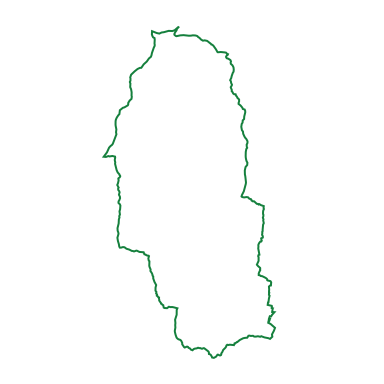 outline of Rosario de Lerma, Salta, Argentina, rotated 3°
{"feature_id": "61730980B26191328353907", "entity_name": "Rosario de Lerma", "entity_type": "district", "adm_level": 2, "iso_a3": "ARG", "parent_name": "Argentina", "parent_adm1": "Salta", "projection": "albers", "projection_center": [-65.767, -24.539], "detail": "fine", "context": "isolated", "style": "outline", "palette": "green", "viewbox_px": 384, "rotation_deg": 3, "n_neighbors": 0, "source": "geoboundaries", "source_scale": "gbopen_adm2", "svg_char_len": 6052}
<svg xmlns="http://www.w3.org/2000/svg" viewBox="0 0 384 384"><g transform="rotate(3 192 192)"><path d="M192.3,347.4L192.9,347.7L194.9,346.7L195.5,346.7L196.3,347.1L196.7,347.8L198.1,348.3L199.2,349.5L200.8,350.0L201.9,348.8L202.9,348.3L204.9,347.9L206.2,347.2L207.2,347.5L208.7,347.5L209.5,347.9L210.3,348.0L211.5,347.4L212.4,347.4L216.6,350.3L217.2,351.1L217.4,352.9L218.6,353.2L219.2,353.6L220.5,355.5L220.7,356.2L222.5,356.5L224.6,355.2L226.0,353.1L226.7,353.1L228.0,353.7L228.9,353.7L229.5,353.3L229.7,352.8L229.7,351.7L230.7,350.1L231.4,348.1L233.4,345.9L234.2,344.6L234.4,343.5L235.2,342.7L236.4,342.9L237.8,342.5L241.8,342.7L241.8,342.2L242.6,341.5L242.5,340.9L244.3,340.0L244.8,339.4L245.2,339.4L245.4,339.1L246.0,338.7L247.3,337.4L250.7,335.4L252.5,334.9L254.8,334.6L255.9,332.6L256.9,332.4L258.3,332.7L260.4,332.4L261.6,333.1L263.2,333.1L265.4,332.6L267.7,333.0L268.7,332.4L271.9,333.4L276.0,334.0L277.6,334.6L279.8,332.3L279.3,330.1L281.1,326.2L282.0,323.3L277.4,319.7L275.0,318.6L275.8,316.9L275.2,316.8L275.5,315.8L276.1,315.9L276.5,314.6L275.5,314.5L276.2,312.0L277.5,312.1L278.4,310.4L280.6,307.7L278.3,307.6L278.7,304.4L278.2,304.1L278.5,303.8L277.6,303.5L277.8,302.0L277.6,301.5L273.5,300.8L273.7,298.3L274.1,298.2L274.4,294.4L274.9,291.5L274.2,290.7L274.4,288.7L274.2,288.7L274.1,286.8L274.2,285.6L273.8,282.4L274.7,281.4L275.7,281.2L275.8,278.1L275.2,277.1L274.6,276.8L272.2,276.4L271.8,276.2L271.7,275.4L271.2,274.7L270.0,273.9L266.6,272.4L265.1,272.3L264.6,271.8L263.1,271.5L263.2,271.1L262.9,270.7L262.9,269.8L263.6,267.7L264.2,266.8L264.0,265.9L264.2,265.4L264.0,264.2L261.8,262.5L260.6,261.2L262.1,257.3L261.9,253.5L261.5,252.9L261.5,252.2L261.7,251.5L262.6,251.1L261.1,244.9L261.2,243.1L261.0,241.5L261.5,239.9L262.3,238.6L262.9,237.9L263.8,237.8L264.2,236.9L263.8,236.0L263.5,234.7L265.1,233.8L265.1,233.2L265.0,232.4L264.2,231.1L264.4,229.3L264.2,228.2L264.5,227.8L264.6,226.8L264.5,226.4L264.7,221.0L265.3,219.3L264.6,216.7L264.8,215.5L264.1,214.0L264.5,212.5L264.5,211.0L264.1,210.3L264.0,208.2L264.1,206.9L264.7,205.2L264.3,204.3L264.4,202.3L261.5,201.5L260.0,200.6L259.5,200.5L259.2,201.0L258.0,200.4L257.3,200.4L254.6,198.1L254.2,198.0L253.4,198.2L252.5,197.8L252.1,197.2L251.8,197.2L251.3,196.1L249.6,195.7L248.3,194.4L246.7,194.2L244.3,194.7L242.4,194.4L241.7,193.9L242.0,192.5L243.7,188.6L245.3,181.1L245.4,179.6L244.4,173.5L243.9,171.6L243.6,167.7L244.2,164.2L245.7,162.2L245.8,159.8L244.9,158.4L244.3,156.6L243.9,154.9L243.7,153.1L243.6,149.1L244.0,146.2L244.8,145.0L244.4,144.2L244.1,141.9L244.8,140.2L244.8,138.8L244.5,137.9L243.3,136.0L242.4,135.2L241.5,133.9L240.1,131.2L239.7,128.9L238.7,127.8L238.5,127.2L237.8,124.3L238.1,121.4L238.8,120.2L238.9,119.6L238.9,117.9L240.2,116.4L240.2,113.9L241.0,109.8L240.9,108.3L240.3,106.9L238.4,106.4L237.9,105.2L236.0,103.1L233.9,101.6L233.9,100.4L234.3,99.1L234.2,97.3L233.4,96.3L232.7,96.0L231.7,94.2L231.0,93.6L230.4,92.1L229.1,92.2L228.0,91.5L227.1,89.9L226.4,89.3L226.4,88.0L225.3,85.7L225.2,85.3L226.1,83.6L226.3,82.8L225.4,81.1L225.0,79.3L224.3,78.5L224.4,77.9L225.2,76.2L225.6,74.0L226.5,70.9L227.2,69.7L227.3,67.6L226.9,65.3L225.8,63.4L224.1,62.0L223.8,60.8L224.1,59.5L223.4,58.2L221.3,57.0L219.7,56.6L219.1,55.7L218.9,55.3L219.3,54.3L219.6,53.8L220.4,53.3L220.7,52.5L219.8,52.2L218.8,51.1L217.6,50.9L213.5,50.7L210.5,51.1L210.1,50.9L208.4,48.2L205.8,44.9L204.6,43.9L203.6,43.7L203.3,43.2L199.2,40.3L196.7,39.9L195.0,40.3L193.1,39.3L191.3,37.6L190.1,37.0L189.4,36.2L188.6,35.8L187.1,35.5L184.6,35.5L182.9,35.9L180.8,36.1L175.3,35.8L172.1,36.2L168.4,37.2L167.6,37.0L166.3,36.0L166.1,35.4L166.2,34.8L167.0,33.1L168.1,31.4L168.5,29.7L170.0,28.1L170.2,27.5L166.2,31.4L163.9,32.3L160.3,32.3L155.5,33.9L153.3,34.3L151.1,35.5L148.5,35.1L143.7,33.5L143.7,36.8L144.4,38.5L145.1,39.6L146.5,40.2L146.8,41.7L146.8,45.8L147.1,47.1L147.0,48.2L146.3,49.8L144.7,55.4L144.4,57.5L143.9,59.1L142.0,60.9L140.0,64.1L137.1,67.0L134.9,70.6L133.4,70.8L131.2,72.0L128.4,74.5L125.1,78.0L124.3,80.8L124.6,81.8L124.7,84.2L124.2,85.1L124.3,86.0L124.8,86.7L124.8,90.5L125.8,92.6L126.5,95.6L126.6,98.9L126.9,100.0L126.7,102.2L124.8,104.1L124.6,104.8L124.0,105.6L123.6,106.6L123.8,107.5L123.4,108.8L120.1,111.0L118.6,111.5L115.7,114.1L115.4,118.1L114.4,119.2L113.0,121.6L112.2,123.7L112.0,125.2L112.1,128.4L112.3,129.9L113.2,133.5L113.0,136.3L113.5,138.3L110.4,148.0L109.6,149.2L108.3,150.3L106.9,152.0L105.0,156.9L102.0,161.4L104.2,161.5L106.6,160.5L107.8,160.8L110.6,160.2L113.3,160.7L113.5,161.7L113.2,163.7L113.3,164.7L113.8,166.3L113.7,167.9L115.6,174.1L116.8,176.4L118.6,178.2L118.7,178.8L119.4,179.6L119.5,180.2L119.0,181.2L117.9,182.1L117.7,182.6L118.1,184.0L118.0,184.9L117.6,187.2L117.0,188.9L118.5,191.5L118.1,192.1L118.2,193.7L119.2,194.9L119.7,196.0L119.2,198.6L120.2,200.3L120.5,201.9L119.8,204.1L119.2,205.1L119.1,206.3L119.3,207.0L120.6,208.0L121.2,209.3L121.1,213.1L120.6,215.1L121.2,218.3L120.6,219.9L120.9,221.2L120.4,223.2L120.4,227.3L119.5,232.0L119.8,234.6L120.5,236.2L120.8,237.6L119.9,241.6L120.6,244.8L121.7,247.9L122.2,250.2L122.8,251.3L124.0,251.3L125.6,250.7L126.8,250.6L127.8,250.9L129.5,252.1L132.4,252.8L135.0,254.0L136.0,254.0L137.2,254.4L139.4,253.5L140.0,253.5L142.7,254.6L146.8,254.7L147.0,255.4L147.4,255.7L147.7,256.7L149.1,257.0L149.3,257.3L150.6,257.8L152.0,257.9L152.4,258.3L151.9,260.6L152.1,261.5L152.4,262.7L153.1,263.4L153.2,267.9L153.5,269.0L154.7,271.5L154.6,273.0L156.2,275.2L156.8,276.5L157.0,277.6L157.7,278.4L157.8,280.3L159.2,283.7L161.1,286.8L160.6,289.3L160.7,292.5L161.7,293.7L161.5,295.3L162.0,295.6L162.4,296.1L162.6,296.8L162.3,297.4L163.5,298.3L163.8,298.8L164.6,299.1L164.5,300.0L164.9,301.0L164.9,302.0L165.5,302.9L166.9,304.6L166.9,305.1L167.5,305.3L168.5,306.3L169.2,306.5L169.8,308.9L170.6,309.3L173.2,309.3L174.9,307.8L176.8,308.1L178.1,307.9L179.7,308.1L183.5,308.9L182.9,310.5L183.1,315.4L181.8,320.4L182.3,323.8L182.2,325.7L182.5,328.3L182.1,331.4L182.2,332.5L183.1,335.5L184.2,338.2L185.2,339.2L186.2,339.8L188.0,340.3L188.9,341.0L190.1,343.1L190.2,344.6L192.3,347.4Z" fill="none" stroke="#15803d" stroke-width="2"/></g></svg>